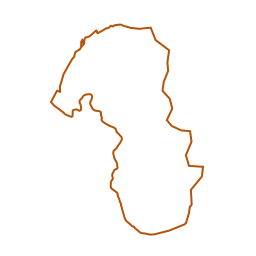 an SVG outline of Anosy, rotated 188°
{"feature_id": "MDG-5865", "entity_name": "Anosy", "entity_type": "Autonomous Province", "adm_level": 1, "iso_a3": "MDG", "parent_name": "Madagascar", "parent_adm1": "", "projection": "mercator", "projection_center": [46.606, -23.936], "detail": "fine", "context": "isolated", "style": "outline", "palette": "amber", "viewbox_px": 256, "rotation_deg": 188, "n_neighbors": 0, "source": "natural_earth", "source_scale": "10m", "svg_char_len": 2886}
<svg xmlns="http://www.w3.org/2000/svg" viewBox="0 0 256 256"><g transform="rotate(188 128 128)"><path d="M207.9,142.9L203.6,154.7L203.1,155.2L202.2,154.9L200.6,154.2L200.2,154.7L201.2,159.1L199.3,172.3L193.1,188.1L191.2,191.1L191.0,192.3L191.0,194.8L190.5,196.1L186.7,199.1L185.7,201.6L186.3,206.9L185.5,208.9L184.7,208.0L184.2,206.9L184.0,205.7L183.9,204.4L183.3,205.5L183.2,206.7L183.4,208.0L183.4,209.4L183.1,211.0L182.6,211.7L180.4,212.5L179.1,213.3L177.1,215.3L173.5,219.7L172.8,220.1L172.5,219.7L171.7,217.9L170.9,217.8L170.7,217.9L170.6,218.1L166.3,221.3L164.6,222.8L163.8,223.4L161.7,224.2L160.8,224.8L159.8,226.2L159.0,226.9L158.4,226.8L157.7,226.5L156.9,226.5L156.2,227.4L155.5,227.9L150.4,229.3L149.2,229.3L146.8,228.6L139.2,227.5L130.6,227.8L119.5,230.5L112.9,218.9L98.1,210.7L98.1,198.4L96.2,190.2L99.0,178.9L99.0,169.7L90.6,162.6L86.9,153.4L90.6,141.2L85.0,136.1L74.8,133.0L66.1,133.5L63.2,123.3L66.9,109.1L62.3,99.0L48.3,100.0L48.1,90.2L57.1,75.5L54.3,61.1L54.7,60.2L55.8,58.6L55.8,51.8L57.3,42.1L58.5,40.5L73.0,32.1L87.2,26.3L90.8,25.6L91.9,25.5L96.6,25.9L99.8,25.8L101.6,26.3L107.0,29.7L108.7,31.3L110.0,31.1L111.6,32.4L116.9,35.8L117.3,36.3L118.8,38.5L123.0,47.9L123.2,48.7L123.9,50.0L124.1,50.5L124.3,51.4L124.4,51.8L124.5,52.0L125.9,54.1L126.1,54.6L126.2,55.1L126.8,56.4L127.7,57.7L128.9,60.2L129.1,60.7L129.4,61.8L129.7,62.2L130.1,62.6L135.4,65.5L136.1,66.0L136.6,66.7L137.0,67.8L137.4,71.7L137.3,72.4L137.1,73.1L136.4,74.5L136.1,75.3L136.1,76.2L136.3,77.0L136.7,77.8L137.1,79.4L137.1,80.2L136.9,81.0L136.5,81.7L136.3,82.5L135.9,84.0L135.5,84.6L134.9,85.1L133.5,86.0L133.0,86.5L132.8,87.2L133.0,88.0L133.4,89.0L133.7,90.7L134.0,91.6L135.4,93.7L136.5,94.9L137.1,95.8L138.2,98.7L138.9,100.1L139.1,101.2L139.2,102.0L139.1,102.6L139.0,103.3L138.9,103.7L138.5,104.2L138.0,104.7L136.9,105.9L136.5,106.6L135.5,109.0L133.9,111.9L132.7,115.1L132.5,115.9L132.5,116.6L132.8,117.4L133.5,118.4L136.3,120.7L137.9,121.8L138.5,122.3L138.9,122.9L139.6,124.5L140.0,125.2L140.6,125.7L141.3,126.1L142.1,126.5L146.3,127.5L151.8,129.6L154.5,131.3L155.0,131.8L155.3,132.4L155.4,132.7L155.2,134.2L155.4,134.9L156.2,136.2L156.5,137.0L157.0,139.7L157.7,140.3L159.0,140.6L163.1,140.7L164.5,141.2L165.3,141.8L165.9,142.4L166.4,143.0L168.6,146.3L168.9,147.1L169.0,147.9L168.9,148.7L168.3,150.3L167.9,152.1L167.9,153.5L168.0,154.3L168.3,155.1L168.8,155.7L169.7,156.1L171.0,156.1L172.1,155.9L174.2,155.3L175.5,154.6L176.1,154.2L176.6,153.6L177.0,153.0L177.6,151.4L178.1,150.7L179.1,149.4L179.5,148.7L179.7,147.9L179.6,147.1L179.3,146.3L178.1,144.2L177.5,142.6L177.3,141.8L177.1,140.9L177.1,140.0L177.3,139.1L177.9,138.5L178.6,138.3L180.8,139.1L181.8,139.2L183.8,138.6L184.6,138.2L185.0,137.6L185.1,137.0L185.1,136.4L184.7,133.9L184.7,131.8L185.2,131.3L186.3,131.2L191.6,132.7L192.6,133.2L194.5,134.6L204.0,139.8L207.7,142.8L207.9,142.9Z" fill="none" stroke="#b45309" stroke-width="2"/></g></svg>